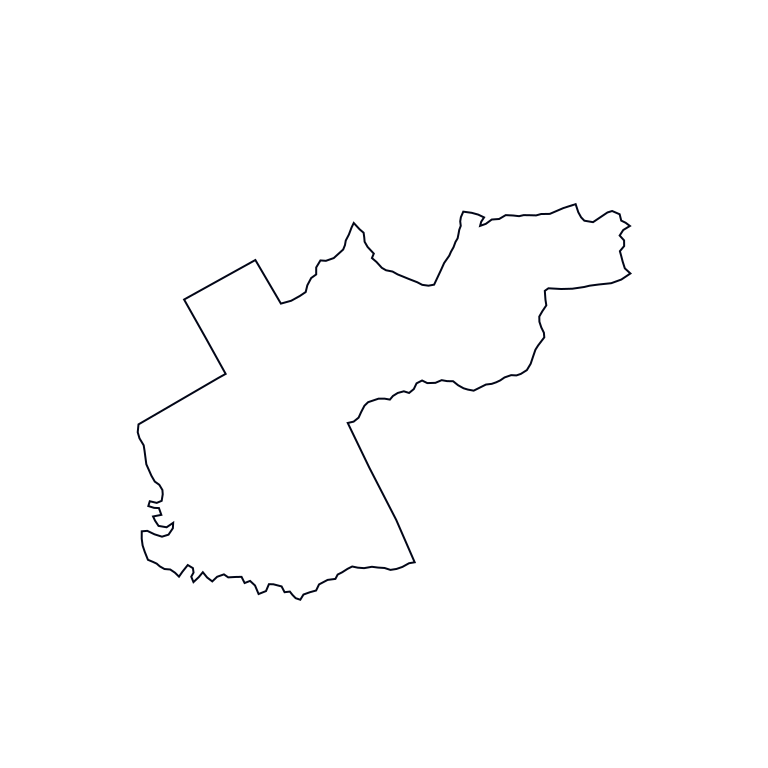 Cambé, Paraná, Brazil, rotated 241°
{"feature_id": "56859067B22186488449217", "entity_name": "Cambé", "entity_type": "district", "adm_level": 2, "iso_a3": "BRA", "parent_name": "Brazil", "parent_adm1": "Paraná", "projection": "mercator", "projection_center": [-51.292, -23.206], "detail": "fine", "context": "isolated", "style": "outline", "palette": "ink", "viewbox_px": 768, "rotation_deg": 241, "n_neighbors": 0, "source": "geoboundaries", "source_scale": "gbopen_adm2", "svg_char_len": 3038}
<svg xmlns="http://www.w3.org/2000/svg" viewBox="0 0 768 768"><g transform="rotate(241 384 384)"><path d="M344.7,92.3L340.4,95.7L337.1,98.1L333.2,99.5L328.6,102.3L325.4,107.1L320.3,109.7L314.9,111.3L317.5,116.6L320.8,124.6L315.6,127.6L311.4,126.0L308.9,122.0L303.1,121.3L304.9,128.4L307.2,134.3L300.5,135.5L294.6,138.1L296.3,144.6L295.1,151.7L290.4,154.0L287.2,160.6L284.4,165.9L277.5,165.6L276.7,171.4L270.3,173.5L261.1,172.5L260.1,180.4L264.7,186.3L262.5,190.1L256.6,196.3L250.1,196.1L248.1,201.0L243.9,201.7L239.5,202.9L235.9,206.2L238.9,211.5L237.8,218.3L236.3,224.5L240.2,230.0L240.0,239.7L237.1,247.0L239.8,251.1L239.6,256.1L240.0,262.5L239.8,267.7L236.1,272.0L232.6,277.3L230.0,284.8L226.4,289.7L222.8,295.3L218.3,299.5L216.2,305.2L215.1,311.4L215.1,319.0L213.2,324.4L259.2,328.8L318.0,330.6L367.5,333.4L365.8,339.2L366.9,345.5L370.6,350.5L374.5,356.4L375.8,361.3L373.8,372.2L370.9,377.4L367.5,381.6L369.2,386.0L369.5,391.7L368.0,397.8L364.0,401.6L365.1,407.6L368.8,412.8L368.6,419.0L363.8,422.3L360.1,429.5L359.4,436.3L355.9,440.6L352.9,445.8L347.0,448.2L341.7,451.5L338.5,454.6L334.7,459.2L334.1,472.9L331.9,478.3L331.1,482.9L330.8,487.4L331.3,492.6L330.1,499.5L327.3,504.0L326.5,508.5L326.9,515.7L330.6,522.1L336.1,528.1L340.6,533.1L343.0,537.5L347.1,546.8L351.3,548.7L357.2,549.0L363.1,550.1L367.7,552.5L370.9,557.8L374.1,564.1L379.5,566.1L387.5,569.8L388.0,574.2L381.2,585.0L378.9,589.4L376.0,595.0L371.8,606.1L370.3,611.5L366.9,620.1L362.0,631.6L360.3,642.2L361.2,653.1L368.4,650.7L375.4,652.1L381.2,653.6L385.8,654.7L388.2,660.9L393.2,663.6L399.6,662.1L402.7,667.9L403.0,675.7L407.9,673.5L411.9,670.7L418.2,672.4L424.7,667.4L425.7,662.6L424.2,645.3L429.7,638.4L434.2,637.2L440.0,637.2L448.4,638.8L450.9,626.3L452.4,611.5L456.5,603.8L457.7,598.8L460.9,593.4L464.0,588.0L465.3,583.5L468.8,578.6L472.7,572.3L472.5,564.7L475.6,558.0L474.7,550.7L475.7,544.7L478.8,547.7L481.2,552.3L486.5,548.5L491.2,543.7L496.3,536.9L492.6,532.1L489.3,529.5L485.1,527.8L482.4,524.6L479.1,521.9L475.7,519.0L473.6,515.4L469.9,511.1L467.2,506.7L464.6,503.3L460.7,495.3L456.2,489.3L446.6,476.0L448.4,470.6L452.2,465.5L456.9,462.4L464.0,456.5L469.0,452.5L473.2,449.1L478.2,446.0L482.5,440.9L486.7,438.4L494.4,436.6L500.0,434.5L503.0,438.3L511.8,436.1L517.8,436.0L521.8,437.8L526.2,439.5L531.0,437.7L539.5,435.6L536.6,431.5L531.7,425.7L528.0,420.1L524.4,417.2L521.4,413.5L519.9,407.1L518.5,401.1L519.9,392.9L522.9,388.3L518.8,381.2L512.7,377.8L512.0,371.7L507.5,364.8L502.4,360.1L501.8,353.2L501.8,343.2L504.3,332.8L554.8,331.6L554.8,250.1L511.3,250.4L469.6,250.4L469.6,242.1L467.7,149.7L461.2,145.2L455.0,143.8L446.9,144.1L441.7,142.2L437.4,140.5L429.0,137.2L423.2,136.7L416.6,136.1L409.8,136.2L404.8,138.6L398.7,138.8L394.8,137.0L389.6,132.9L390.2,127.6L395.0,122.3L391.5,118.7L387.1,122.9L384.6,127.0L377.5,125.8L380.1,117.8L375.5,117.5L369.2,118.0L364.1,124.4L364.8,132.3L360.2,129.4L356.7,122.5L358.1,115.8L363.8,110.4L370.3,105.8L372.6,100.7L366.2,97.1L359.8,94.6L353.3,93.4L344.7,92.3Z" fill="none" stroke="#020617" stroke-width="2"/></g></svg>